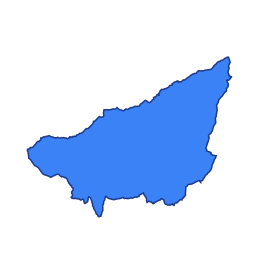 the district of Racovita, Vâlcea, Romania, rotated 104°
{"feature_id": "2599482B60342435469862", "entity_name": "Racovita", "entity_type": "district", "adm_level": 2, "iso_a3": "ROU", "parent_name": "Romania", "parent_adm1": "Vâlcea", "projection": "natural_earth1", "projection_center": [24.314, 45.393], "detail": "fine", "context": "isolated", "style": "filled", "palette": "blue", "viewbox_px": 256, "rotation_deg": 104, "n_neighbors": 0, "source": "geoboundaries", "source_scale": "gbopen_adm2", "svg_char_len": 5785}
<svg xmlns="http://www.w3.org/2000/svg" viewBox="0 0 256 256"><g transform="rotate(104 128 128)"><path d="M195.6,91.5L194.3,90.4L193.9,89.5L194.4,88.7L194.0,88.0L194.0,87.6L195.2,85.9L195.3,85.3L195.2,85.0L194.5,85.0L194.5,84.2L193.9,84.0L191.7,81.6L191.1,81.1L190.7,80.3L190.3,79.9L190.2,79.4L189.9,79.4L189.2,78.8L188.9,78.9L188.3,78.0L188.6,77.7L189.0,76.2L189.3,75.8L191.4,74.7L192.6,73.6L192.8,73.2L192.8,72.1L193.1,70.8L192.9,70.4L192.7,68.6L192.5,68.1L190.8,66.7L191.8,65.7L191.9,64.6L191.1,64.7L189.4,64.2L189.0,62.6L187.3,61.4L184.9,60.1L184.8,58.2L183.1,58.2L182.4,57.2L181.7,57.5L181.2,56.8L180.7,56.4L178.7,56.0L178.1,56.4L173.1,57.2L171.2,57.7L170.7,57.4L170.1,56.6L168.6,56.2L168.2,55.7L166.9,52.5L161.8,46.6L161.8,45.8L162.7,45.2L163.2,44.3L162.1,44.6L161.7,44.4L160.9,43.1L160.6,42.9L158.2,42.4L157.7,41.9L156.0,41.6L154.7,41.1L154.0,40.2L152.0,39.5L151.2,38.7L148.7,37.5L148.3,37.6L147.1,37.2L143.3,37.4L140.5,36.7L137.4,36.6L136.4,35.9L133.6,35.7L133.8,36.6L133.8,38.8L133.6,39.9L133.2,41.4L132.0,41.3L131.5,42.8L131.4,45.5L131.0,46.2L130.1,46.3L129.1,47.3L128.4,47.7L126.1,47.3L124.6,47.4L124.3,47.1L123.1,47.4L122.4,47.0L119.6,47.0L118.4,46.8L117.1,47.2L116.5,48.0L116.0,48.0L114.6,47.6L113.2,46.2L112.1,46.2L110.7,45.5L105.4,45.4L101.7,44.1L97.6,45.5L96.8,45.6L95.2,45.2L94.1,45.5L89.2,45.8L85.5,47.1L84.6,47.6L81.7,46.8L79.8,46.6L79.1,46.8L78.6,46.7L74.9,44.8L74.0,44.1L71.8,43.5L69.7,42.6L69.0,41.8L68.2,41.5L65.7,42.0L65.3,41.6L63.3,40.9L61.9,41.0L60.8,41.5L58.6,43.3L57.8,43.5L57.2,43.2L57.5,42.6L57.2,41.8L56.4,41.2L53.4,39.9L53.2,40.3L53.6,41.6L53.3,42.1L52.7,42.0L52.6,42.7L51.8,43.2L51.5,43.1L49.9,44.5L45.2,44.4L44.6,45.4L44.3,45.4L40.9,45.1L39.8,44.7L36.8,46.4L35.2,47.5L34.9,48.0L35.4,48.6L35.5,49.1L36.6,50.2L37.0,50.9L38.2,51.7L39.5,52.9L39.9,54.1L40.9,54.6L41.2,55.0L41.4,55.8L41.9,56.2L42.3,56.9L43.4,57.5L44.5,57.9L44.9,58.4L46.4,59.3L46.7,59.7L47.4,59.6L48.1,60.1L50.1,60.9L51.3,62.1L52.4,65.2L53.2,66.7L53.3,67.4L54.4,68.7L54.6,70.2L55.2,71.8L55.1,72.8L55.3,73.3L56.1,74.1L58.4,75.0L58.9,76.0L58.8,76.4L59.3,76.9L60.0,78.2L61.7,79.9L62.9,80.5L63.6,81.1L65.2,82.8L66.0,83.2L67.7,84.7L68.0,86.1L70.5,87.7L70.7,89.4L71.4,90.1L70.3,90.8L70.4,91.5L70.7,92.0L71.6,92.6L71.8,92.9L71.8,93.4L72.1,93.8L74.6,95.9L75.0,95.4L75.7,95.5L76.6,97.7L77.3,98.1L78.6,98.5L79.4,99.4L79.9,100.2L80.3,100.5L80.7,100.5L81.1,102.0L81.7,102.5L82.2,103.6L82.3,104.5L82.6,104.9L83.5,105.4L84.0,105.5L84.3,105.9L84.9,105.8L87.1,106.4L87.5,106.9L88.0,106.6L88.1,106.0L88.6,105.9L88.5,107.0L88.8,107.3L88.7,107.9L89.9,108.3L90.4,108.2L90.6,108.5L91.5,109.0L91.5,109.7L91.9,110.1L92.0,110.4L92.4,110.6L92.9,110.2L94.0,110.0L94.3,110.6L95.1,111.4L95.8,111.4L97.9,112.9L98.1,113.3L97.9,115.2L97.1,116.4L97.0,118.0L99.4,119.7L100.7,120.4L101.8,121.8L104.0,122.2L104.5,123.2L105.4,126.8L106.8,128.2L107.3,129.0L107.4,130.1L110.0,132.8L110.2,135.0L111.9,136.0L112.3,136.6L112.4,137.6L112.2,138.6L112.3,140.3L111.8,141.9L110.8,143.6L112.3,144.5L112.8,145.2L113.1,146.0L112.9,146.6L114.1,148.8L115.1,151.1L115.4,153.4L115.9,154.3L116.1,155.7L119.5,155.4L121.9,154.5L123.0,154.6L123.9,156.3L124.1,157.4L123.8,158.5L125.1,159.5L126.6,160.2L129.7,162.1L129.9,162.4L129.8,162.9L130.0,163.1L130.4,163.2L131.2,162.9L132.4,163.2L135.2,164.7L137.2,166.1L137.9,166.3L138.2,166.6L138.5,167.9L139.4,169.0L140.7,169.5L143.1,170.8L144.6,172.5L144.9,173.6L145.9,174.2L146.6,174.8L146.9,175.8L147.7,176.3L148.7,176.5L149.0,177.0L149.1,177.8L148.9,178.1L149.4,178.8L149.5,179.4L150.6,180.0L150.4,180.8L151.1,181.5L151.0,181.8L150.5,182.0L150.5,182.3L150.7,182.5L151.7,182.6L153.1,184.3L152.9,185.4L152.6,185.9L153.0,186.7L152.8,187.9L153.3,188.9L153.2,189.8L154.3,191.6L154.3,193.2L154.0,193.8L154.1,194.2L155.1,195.4L155.0,196.1L155.4,197.0L154.9,198.5L155.0,199.8L155.2,200.5L154.8,201.2L154.6,202.8L155.7,204.7L155.9,205.6L156.5,206.3L157.2,206.8L157.0,207.2L157.0,207.8L158.5,209.1L158.6,210.1L159.3,210.1L160.5,209.5L161.4,210.5L162.6,210.9L162.6,211.9L163.8,213.0L165.4,213.5L169.7,215.8L170.1,216.2L170.5,218.0L170.9,218.2L171.5,218.0L172.1,218.4L172.3,219.3L173.0,220.3L174.3,220.2L175.6,219.0L177.0,218.7L178.7,217.8L181.3,217.0L182.0,215.5L183.1,213.8L183.5,213.6L187.0,209.6L187.3,207.8L188.3,205.2L191.8,201.2L193.2,199.3L193.5,198.3L193.9,193.5L194.6,191.1L191.3,187.3L190.2,185.7L189.7,184.4L190.0,183.5L190.8,182.4L191.5,180.7L191.1,180.2L191.0,179.1L191.2,178.7L191.2,177.5L191.6,177.2L191.4,176.5L191.6,175.7L192.5,174.5L193.7,173.9L195.4,172.2L196.1,171.9L196.1,171.4L196.2,171.2L197.3,170.3L197.6,169.7L197.4,169.0L198.3,168.7L199.3,167.8L200.0,166.5L201.5,166.3L203.6,167.2L204.9,166.8L206.4,165.5L207.4,165.5L208.8,166.4L209.6,165.8L209.7,163.9L209.5,163.1L209.0,162.6L209.1,161.8L208.8,161.4L209.0,160.9L209.0,159.4L208.6,158.7L209.4,156.3L208.1,154.9L207.9,154.4L208.5,153.6L210.6,152.7L211.6,152.0L211.7,151.8L211.2,151.0L209.3,149.4L206.8,149.4L205.7,149.8L204.2,149.3L204.9,147.5L208.2,145.1L209.3,144.9L210.1,144.0L211.9,143.6L213.4,142.2L214.6,141.7L216.2,139.9L219.1,137.9L219.3,136.9L220.4,136.1L220.7,135.7L220.6,135.3L221.1,134.9L220.9,134.1L220.0,132.9L218.8,133.2L218.5,132.8L216.5,133.0L213.9,132.5L209.7,133.7L209.0,133.7L207.7,133.4L205.2,133.8L203.5,133.2L201.2,133.4L199.9,133.2L199.6,132.9L200.6,131.1L201.0,129.6L201.1,125.0L200.6,123.8L200.7,123.6L199.6,121.8L199.4,121.1L198.7,120.2L198.8,119.6L198.4,118.7L197.2,116.9L196.6,116.4L197.3,114.5L197.0,114.2L196.5,112.7L196.7,111.9L196.5,111.5L196.6,110.9L196.2,110.5L196.0,109.6L195.1,108.5L195.2,107.9L195.0,107.6L195.0,106.7L193.4,104.7L193.1,103.7L193.1,102.6L192.3,102.1L192.2,101.7L192.0,101.4L191.9,100.9L191.5,100.7L190.1,100.8L189.7,99.9L187.3,97.3L189.3,95.9L189.9,94.9L190.5,94.6L190.6,94.1L190.9,93.8L192.6,92.7L194.3,92.4L195.6,91.5Z" fill="#3b82f6" stroke="#1e3a8a" stroke-width="1.5"/></g></svg>